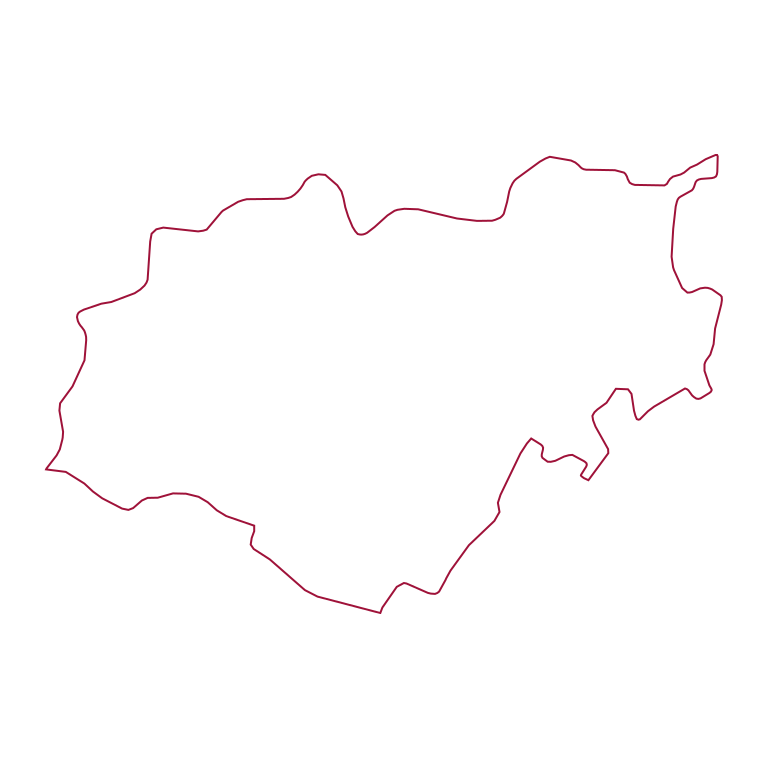 an SVG outline of Kabardin-Balkar
{"feature_id": "RUS-2304", "entity_name": "Kabardin-Balkar", "entity_type": "Republic", "adm_level": 1, "iso_a3": "RUS", "parent_name": "Russia", "parent_adm1": "", "projection": "natural_earth1", "projection_center": [43.605, 43.443], "detail": "fine", "context": "isolated", "style": "outline", "palette": "rose", "viewbox_px": 768, "rotation_deg": 0, "n_neighbors": 0, "source": "natural_earth", "source_scale": "10m", "svg_char_len": 3279}
<svg xmlns="http://www.w3.org/2000/svg" viewBox="0 0 768 768"><path d="M128.4,509.9L122.1,508.6L102.2,498.3L92.9,491.5L84.3,483.5L65.8,471.9L46.1,469.4L46.5,468.5L56.6,455.4L59.8,449.4L62.3,439.7L62.7,437.5L63.1,431.8L59.4,410.6L60.1,403.3L72.5,386.4L84.5,360.3L86.2,340.2L86.1,336.9L85.6,334.6L85.0,332.5L84.2,330.5L81.8,327.2L80.5,325.7L79.1,323.6L77.9,321.1L77.0,317.1L77.5,314.6L78.6,312.7L80.2,311.5L83.9,309.6L101.3,303.7L111.3,302.0L134.7,293.2L140.2,289.6L144.5,285.6L146.5,282.6L147.6,279.7L150.2,241.5L151.6,233.7L156.3,229.3L163.3,227.6L198.1,231.4L203.2,230.7L206.7,229.6L221.5,212.0L223.0,210.6L238.1,201.8L242.8,200.2L246.8,199.2L284.0,198.8L288.1,198.0L291.1,197.0L294.6,194.6L297.6,191.8L300.4,188.6L302.8,185.1L304.6,181.8L305.7,180.5L307.7,178.6L311.8,175.8L318.4,174.3L325.3,174.9L337.3,185.3L341.5,191.5L343.5,198.4L345.3,207.3L348.2,216.5L352.5,226.8L355.3,231.3L357.7,234.0L359.8,234.5L361.3,234.6L363.2,234.4L365.1,233.8L367.1,232.8L374.5,227.1L387.5,215.4L394.5,210.8L397.5,209.8L404.3,208.8L418.2,209.3L457.0,218.5L477.1,220.9L492.1,220.7L495.3,219.8L500.2,217.7L502.1,216.0L503.5,214.3L504.0,213.1L507.1,201.9L509.2,191.5L510.3,188.1L512.6,183.3L514.4,180.7L516.4,178.8L539.8,161.7L545.5,158.5L549.8,156.8L571.0,160.5L575.3,162.5L578.5,165.1L580.6,167.3L581.8,168.3L583.6,169.2L586.1,169.7L614.9,170.2L624.0,172.6L625.4,173.9L626.9,176.5L627.8,179.2L629.7,182.7L632.1,184.1L634.8,184.9L664.5,185.4L666.9,183.9L668.2,181.6L670.0,179.0L673.0,176.6L680.5,174.5L684.1,172.6L690.2,167.6L697.0,164.6L705.7,159.2L715.5,155.0L717.1,155.0L717.7,156.3L717.3,171.9L716.9,174.4L716.0,176.4L714.2,177.5L711.8,178.1L701.2,178.9L698.8,179.5L696.9,180.5L695.6,182.2L694.1,186.7L693.2,188.7L691.9,190.3L680.6,196.6L678.9,197.8L677.7,199.5L676.9,201.7L675.7,206.5L673.2,228.9L671.6,256.7L673.1,267.3L674.0,270.1L682.1,288.0L687.4,292.6L689.8,292.5L692.1,292.0L700.2,288.4L705.0,287.7L707.7,287.9L710.1,288.6L712.2,289.5L720.5,295.3L721.7,296.8L721.9,300.1L721.2,304.6L715.1,328.5L713.6,344.2L710.3,354.6L706.2,360.3L705.2,362.2L704.5,364.3L704.5,370.8L709.4,385.4L711.3,388.7L711.7,390.0L711.0,391.6L709.5,392.9L700.5,398.4L698.4,398.9L696.3,398.6L693.9,397.0L692.1,395.4L688.4,390.3L686.8,389.1L685.0,388.5L654.1,406.6L648.0,411.2L639.9,419.3L638.5,419.7L636.8,419.1L635.4,415.8L634.0,410.6L631.5,393.9L628.0,389.3L615.9,388.8L606.5,402.8L597.5,409.4L594.5,412.2L593.4,414.0L592.4,415.9L593.1,420.3L595.5,426.6L608.1,449.1L608.3,453.2L588.4,480.2L583.9,478.1L581.3,476.1L580.9,475.5L581.1,474.7L586.2,466.6L586.8,464.9L586.5,463.3L585.3,462.1L583.9,461.1L572.4,454.9L568.9,455.2L564.2,456.5L555.3,460.8L550.8,461.8L547.6,461.7L542.5,457.9L541.7,456.2L541.8,454.2L542.9,449.8L543.1,447.7L542.3,445.9L540.8,444.5L531.2,438.5L526.9,443.5L520.4,453.5L500.5,494.8L497.9,502.8L499.5,512.0L494.4,520.9L468.9,545.2L450.5,570.6L446.3,578.2L445.4,580.2L439.1,591.6L437.3,593.0L435.0,593.9L430.8,593.6L427.9,592.9L406.5,583.5L403.9,583.0L396.8,586.8L382.4,607.5L380.3,613.0L380.2,613.0L317.5,596.6L311.3,593.4L304.9,590.1L269.8,559.4L253.7,549.0L250.7,544.6L251.7,538.0L254.2,531.2L254.2,525.7L226.3,516.1L216.8,510.3L207.7,502.2L198.6,496.8L186.0,493.7L173.0,493.4L157.8,497.7L147.6,497.9L141.9,500.5L133.1,508.1L128.4,509.9Z" fill="none" stroke="#9f1239" stroke-width="2"/></svg>